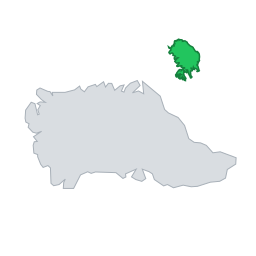 map of Iceland with Greenland greyed out, rotated 256°
{"feature_id": "ISL", "entity_name": "Iceland", "entity_type": "country or territory", "adm_level": 0, "iso_a3": "ISL", "parent_name": "Europe", "parent_adm1": "", "projection": "orthographic", "projection_center": [-19.868, 64.966], "detail": "fine", "context": "with_neighbors", "style": "filled", "palette": "green", "viewbox_px": 256, "rotation_deg": 256, "n_neighbors": 1, "source": "natural_earth", "source_scale": "50m", "svg_char_len": 6378}
<svg xmlns="http://www.w3.org/2000/svg" viewBox="0 0 256 256"><g transform="rotate(256 128 128)"><path d="M147.0,34.6L152.8,31.3L156.1,33.0L158.5,30.3L162.3,30.5L170.1,33.0L176.4,40.3L174.1,43.6L162.7,43.5L162.9,45.2L167.5,44.9L171.0,48.3L173.7,45.8L174.6,49.0L172.9,54.0L176.5,50.9L182.8,47.3L186.9,48.7L188.1,52.3L182.9,59.1L182.2,61.1L177.3,62.8L180.9,63.1L177.8,75.5L177.9,85.4L180.4,91.2L177.2,91.6L173.7,94.4L177.6,99.2L178.2,106.9L175.7,107.7L178.8,115.5L173.2,116.1L176.1,119.8L175.2,123.0L167.8,124.2L170.8,130.5L170.7,134.6L165.4,130.5L163.8,132.8L167.4,135.3L170.9,141.1L171.8,148.5L166.3,150.0L161.0,140.8L161.4,147.1L157.4,151.5L169.8,153.3L151.1,167.0L137.1,168.0L132.9,170.8L126.0,179.2L116.8,183.5L103.0,184.4L98.1,188.7L96.0,194.8L92.2,199.8L83.4,204.4L82.6,211.7L73.0,225.7L66.9,223.8L63.7,214.3L55.8,210.5L54.1,204.1L55.5,194.8L54.6,181.3L55.7,175.1L59.2,167.7L59.0,157.7L63.6,152.6L63.2,148.6L71.6,141.1L77.6,140.6L80.5,137.9L84.6,131.9L74.6,133.0L72.9,128.5L76.1,123.1L79.7,119.6L86.1,126.0L84.1,114.5L81.0,114.1L80.3,110.9L87.6,105.5L93.2,85.8L92.9,81.3L95.3,78.3L94.0,70.6L82.5,60.6L85.0,50.6L90.6,52.4L93.6,54.8L89.8,47.4L90.0,41.9L93.0,39.9L108.1,43.1L110.9,41.2L110.3,36.1L113.9,34.5L121.9,33.4L124.1,33.9L126.4,30.6L134.2,31.8L137.3,33.7L136.9,36.7L142.4,34.2L145.7,43.4L145.1,37.9L147.0,34.6Z" fill="#d9dde1" stroke="#a8b0b8" stroke-width="1"/><path d="M193.5,188.6L193.9,188.6L194.6,188.3L194.9,188.0L195.5,187.3L195.9,187.0L196.6,187.0L196.9,187.0L196.5,187.3L196.2,187.5L195.8,187.9L195.4,188.9L195.2,189.5L195.6,190.0L196.1,190.2L196.4,190.0L196.6,190.0L196.8,190.3L196.9,190.6L196.9,190.8L196.9,191.4L196.7,192.0L196.4,192.5L196.5,192.7L196.8,192.7L198.0,192.3L198.2,192.5L198.2,192.8L198.3,193.0L198.5,193.2L198.5,193.5L198.0,194.3L198.6,193.8L199.1,193.6L200.0,193.7L200.4,194.0L200.6,194.4L200.9,194.3L201.0,194.2L201.3,194.5L201.3,194.8L201.2,195.2L201.2,195.6L201.0,195.8L200.8,195.9L200.7,196.1L200.9,196.4L201.1,196.6L201.3,196.6L201.4,196.9L201.4,197.1L201.2,197.3L201.0,197.5L201.7,197.9L201.8,198.1L201.9,198.3L201.9,198.6L201.8,198.9L201.6,199.1L201.1,199.2L200.8,199.4L201.0,199.7L201.0,200.1L200.9,200.6L200.6,201.3L200.3,201.8L200.0,202.0L199.3,202.0L199.0,201.9L199.1,202.5L198.7,202.9L198.8,203.2L199.0,203.3L198.9,203.8L198.8,204.2L198.6,204.6L198.3,204.9L197.7,205.3L197.2,205.9L196.8,206.2L195.9,206.2L195.0,206.7L193.7,207.5L192.8,208.1L192.1,208.9L191.2,210.0L190.6,210.5L190.2,210.7L189.4,210.8L188.8,211.1L186.6,211.8L185.9,212.1L185.8,212.4L185.5,212.8L185.5,213.0L185.6,213.3L185.4,213.8L184.9,214.1L184.6,214.1L184.3,213.8L184.1,213.9L184.1,214.0L184.3,214.4L184.0,214.6L182.5,215.0L180.1,214.7L179.1,214.4L177.9,213.9L177.2,213.7L176.2,213.7L175.4,212.9L175.0,212.5L175.0,212.3L175.0,212.1L175.1,211.9L175.5,211.8L175.3,211.4L175.1,211.5L174.6,212.0L174.4,212.0L174.1,211.7L173.4,211.4L172.9,211.1L172.4,210.6L172.3,210.4L172.6,210.2L172.4,210.1L172.0,210.2L171.4,210.7L171.1,210.8L167.4,210.9L166.5,210.9L166.3,211.0L166.1,210.6L166.0,209.7L166.0,209.2L166.0,208.9L166.2,208.6L166.4,208.7L166.6,208.9L166.7,209.3L166.9,209.5L168.2,209.1L168.8,208.8L169.0,208.5L169.3,208.1L169.6,207.8L169.7,207.6L170.0,206.9L170.2,206.6L170.4,206.3L170.6,206.2L171.2,206.1L170.8,205.9L170.5,205.9L169.2,206.6L168.8,206.6L169.0,206.3L169.5,205.9L169.2,205.9L169.1,205.7L169.1,205.3L169.3,204.8L170.3,204.0L170.7,203.9L170.8,203.8L170.6,203.7L170.4,203.6L169.4,204.3L168.7,204.6L168.1,204.2L167.9,203.7L168.3,202.9L168.2,202.8L168.0,202.7L167.4,202.1L166.4,202.1L164.0,201.7L163.4,201.8L162.6,202.2L162.1,202.4L161.8,202.2L161.7,202.0L161.5,201.6L161.3,201.2L161.4,200.9L161.8,200.7L162.0,200.7L162.7,200.8L163.5,200.5L164.0,200.5L164.5,200.2L164.9,200.2L165.0,200.4L165.8,200.1L166.1,200.0L166.1,199.9L166.6,200.0L167.0,200.0L167.4,199.9L168.1,199.8L169.7,199.9L169.9,199.6L170.1,199.4L170.2,198.7L169.2,199.2L168.9,199.1L167.8,198.8L167.4,198.4L167.5,198.2L168.2,197.6L168.8,197.1L169.7,196.7L170.0,196.5L170.0,196.2L169.4,195.8L168.2,195.9L168.0,195.3L167.0,195.0L166.4,195.2L166.0,194.8L165.2,195.2L163.3,195.7L162.6,196.1L162.1,196.2L161.7,195.8L161.0,195.4L160.1,195.2L160.6,194.3L161.0,194.2L161.3,194.3L161.9,194.8L162.4,195.0L161.9,194.3L161.9,194.0L161.9,193.6L161.7,193.4L161.6,192.9L161.9,192.7L162.3,192.9L163.4,193.8L163.9,193.7L164.2,193.4L164.7,193.2L163.6,193.0L163.1,192.8L162.9,192.6L162.7,192.2L163.0,191.9L163.8,192.0L163.3,191.3L163.0,190.8L163.0,190.7L163.0,190.4L163.1,190.2L164.0,190.6L164.1,190.4L163.7,190.0L163.7,189.9L163.9,189.8L164.0,189.5L164.0,189.4L164.3,189.2L164.5,189.2L164.8,189.4L165.7,190.2L165.8,190.4L165.8,190.7L165.7,191.0L165.8,191.1L166.1,191.0L166.4,191.2L166.5,191.2L166.9,190.7L167.1,190.8L167.3,191.0L167.3,191.3L167.3,191.6L167.2,192.2L167.2,192.3L167.5,191.9L167.9,191.9L168.0,191.7L168.0,191.1L168.0,190.5L167.9,190.4L166.6,189.6L166.4,189.4L166.1,189.0L166.2,188.9L166.5,188.7L166.9,188.6L167.8,188.7L167.7,188.4L167.3,188.3L167.2,188.2L167.2,187.9L166.7,188.0L166.1,188.0L165.6,187.9L165.6,187.7L165.8,187.4L166.2,187.1L166.5,187.0L167.1,187.1L167.7,187.0L168.1,187.1L168.5,187.6L169.0,188.3L169.8,188.8L170.2,189.3L171.0,190.4L171.8,191.0L171.7,191.3L171.4,191.5L171.8,191.8L172.1,192.2L172.2,192.3L171.9,193.6L171.7,193.8L171.5,194.0L170.8,193.7L171.0,194.1L171.5,194.5L171.6,194.8L171.5,195.0L171.8,194.9L171.9,195.1L171.8,195.5L171.7,195.8L171.6,196.0L171.8,196.1L172.0,196.2L172.3,196.5L172.6,197.6L172.7,198.0L172.8,197.6L172.9,196.9L173.0,196.5L173.2,196.3L173.3,196.1L173.5,195.2L174.0,194.6L174.2,194.4L174.5,194.3L175.0,195.1L175.3,195.2L175.5,194.7L175.7,193.8L175.7,192.8L175.6,191.7L175.7,191.0L176.0,190.5L176.3,190.3L176.7,190.5L176.9,190.8L177.5,191.9L178.0,192.5L178.4,193.1L178.6,193.3L179.0,193.4L179.1,193.2L179.1,191.4L179.2,190.9L179.3,190.6L180.0,190.4L180.4,190.1L180.8,189.8L181.1,189.6L181.3,189.5L181.6,189.7L181.8,190.0L182.3,190.6L182.8,191.5L183.5,192.3L183.9,193.4L184.0,193.6L184.2,193.2L184.2,192.7L184.0,192.1L183.3,190.3L183.3,190.0L183.4,189.8L183.8,189.7L184.8,189.8L185.1,190.1L185.9,191.1L186.1,191.4L186.5,191.1L186.7,190.9L187.0,190.3L187.6,189.2L187.9,189.2L188.3,189.5L188.5,189.7L188.8,189.8L189.1,189.8L189.6,189.4L190.1,189.1L190.2,188.6L190.2,188.4L189.7,186.8L189.9,186.5L190.8,186.1L191.5,186.0L192.3,186.8L192.6,187.2L192.8,187.5L192.9,188.1L193.1,188.4L193.5,188.6Z" fill="#22c55e" stroke="#15803d" stroke-width="1.5"/></g></svg>